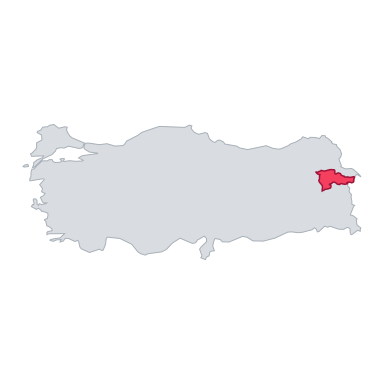 Agri highlighted on a map of Turkey
{"feature_id": "TUR-2307", "entity_name": "Agri", "entity_type": "Province", "adm_level": 1, "iso_a3": "TUR", "parent_name": "Turkey", "parent_adm1": "", "projection": "robinson", "projection_center": [43.45, 39.496], "detail": "fine", "context": "in_parent", "style": "filled", "palette": "rose", "viewbox_px": 384, "rotation_deg": 0, "n_neighbors": 0, "source": "natural_earth", "source_scale": "10m", "svg_char_len": 5122}
<svg xmlns="http://www.w3.org/2000/svg" viewBox="0 0 384 384"><path d="M302.8,136.8L308.3,138.7L310.1,137.3L315.1,137.5L319.5,138.5L322.0,135.5L325.2,135.8L325.8,137.4L327.3,137.9L331.9,141.8L331.4,142.3L332.5,143.7L336.5,144.6L336.9,146.6L340.0,149.5L341.6,154.0L340.6,157.1L338.9,159.0L341.4,165.8L340.6,166.7L345.5,168.9L351.6,168.5L353.5,169.5L359.5,174.9L361.0,176.9L356.9,174.4L354.6,176.6L353.4,181.9L346.9,182.8L347.9,186.3L349.7,187.9L349.1,191.1L349.6,192.4L351.4,194.5L351.1,197.5L351.8,200.6L351.9,204.3L354.6,205.4L353.3,207.1L350.4,214.6L350.6,215.2L352.6,215.4L357.1,218.9L356.3,220.0L356.9,224.8L360.8,228.0L360.2,229.5L360.3,231.2L357.5,230.4L351.7,234.7L351.0,234.6L350.2,233.1L350.0,228.8L348.7,227.7L346.8,227.5L343.7,229.4L340.8,229.3L338.0,229.0L330.4,226.3L327.6,227.2L324.7,226.2L319.0,231.5L317.3,231.9L316.4,229.3L314.5,227.8L311.9,229.8L302.2,232.3L297.7,232.7L292.2,231.9L287.7,232.1L275.3,238.0L263.4,241.1L252.8,240.9L247.1,237.2L242.6,236.4L229.0,242.0L222.3,241.8L220.2,239.5L215.1,238.5L213.9,240.7L212.7,246.0L214.4,250.8L211.5,251.1L209.7,252.2L209.1,255.8L206.4,257.2L205.5,259.5L205.0,259.5L200.8,257.7L202.0,255.9L199.6,249.2L201.0,247.1L206.6,241.6L206.5,238.4L204.2,236.2L197.2,240.2L196.5,241.7L194.9,243.0L192.3,243.4L180.1,238.2L172.7,242.8L166.3,249.5L161.5,251.9L147.7,253.8L145.2,255.1L140.6,253.7L137.9,251.9L131.8,244.3L120.0,238.5L107.4,237.1L106.2,238.6L105.5,244.5L103.2,250.0L102.2,250.6L99.4,249.2L89.5,252.5L81.3,248.8L80.0,247.3L78.4,240.9L77.2,240.4L75.9,241.3L74.5,241.3L68.6,238.5L65.4,238.3L63.3,241.0L60.1,242.1L60.1,241.4L61.4,239.6L56.4,239.9L53.6,241.3L50.1,240.5L50.3,239.7L53.3,238.9L60.1,237.9L64.6,233.6L48.6,233.8L47.0,234.7L46.9,232.5L47.9,231.5L52.1,230.7L51.9,228.9L49.5,226.9L46.8,225.8L45.8,221.2L44.4,220.0L44.6,219.4L47.3,218.6L48.0,215.2L47.8,213.1L42.7,211.3L41.6,211.4L40.4,209.6L38.3,208.3L36.4,209.4L31.4,206.6L32.5,204.6L33.8,204.7L34.1,203.1L33.2,200.5L33.4,199.1L34.6,198.8L35.8,199.0L37.0,200.6L37.0,203.6L38.3,205.4L39.4,203.6L41.7,204.6L46.0,203.6L46.8,202.9L43.7,202.9L42.6,202.2L40.4,197.3L43.1,195.9L45.1,193.4L41.6,191.8L42.5,188.5L39.7,184.7L44.1,179.8L43.9,179.1L42.7,178.8L29.9,180.9L29.8,178.7L30.9,176.8L31.1,172.1L31.8,169.6L34.2,168.8L37.4,165.2L42.3,160.8L47.2,160.9L49.2,159.7L52.1,159.6L52.8,161.3L55.2,162.5L59.7,162.3L61.9,161.2L60.0,159.1L62.5,158.4L64.5,158.9L63.3,161.2L63.9,161.5L69.7,160.7L75.6,161.3L82.3,161.0L83.2,160.3L78.6,157.9L81.8,155.9L83.5,155.5L97.5,153.6L97.6,153.1L89.2,152.0L84.9,149.3L83.8,147.8L84.9,144.1L85.9,143.2L89.0,143.1L99.4,144.7L106.9,143.7L114.9,146.1L122.8,145.6L124.4,144.6L126.6,141.1L137.9,135.3L141.9,132.3L159.3,126.4L184.8,127.4L189.4,125.1L191.9,125.9L191.2,127.4L191.3,128.8L194.2,132.3L198.7,134.3L205.1,132.6L207.4,133.3L209.4,138.8L213.3,142.0L215.1,142.3L217.6,140.4L219.8,140.1L223.5,142.0L224.8,144.0L237.0,146.2L239.5,147.9L247.7,149.6L266.2,145.7L272.8,148.3L278.4,149.2L280.8,148.8L288.3,145.6L290.6,143.9L295.3,142.3L301.1,138.9L302.8,136.8ZM67.2,127.2L66.5,129.6L67.4,132.3L69.8,136.0L72.2,137.9L84.4,143.0L82.3,147.8L79.1,148.5L68.6,146.2L64.1,148.1L61.1,147.7L56.6,148.5L55.2,151.4L51.9,154.6L43.1,158.7L34.7,166.7L32.4,167.8L33.6,165.0L33.7,162.6L37.3,159.8L42.3,157.7L43.7,155.9L31.5,156.3L30.6,153.8L31.8,153.3L36.1,148.9L36.6,147.1L36.6,142.8L41.5,140.3L42.0,139.3L41.5,135.0L37.2,132.6L37.4,131.4L40.7,130.2L42.7,127.2L47.5,126.7L49.8,125.2L53.9,124.5L58.7,128.2L64.8,126.8L67.2,127.2ZM28.4,166.5L24.2,167.1L23.0,166.5L24.4,165.2L27.6,164.3L28.5,165.6L28.4,166.5Z" fill="#d9dde1" stroke="#a8b0b8" stroke-width="1"/><path d="M354.6,177.1L354.5,177.5L353.9,178.6L353.8,178.9L353.8,179.2L353.8,179.5L353.9,179.8L353.9,180.1L353.7,180.3L353.6,180.8L353.7,181.2L353.7,181.6L353.4,182.0L353.0,182.3L352.1,182.7L351.7,182.8L351.3,182.7L350.1,182.2L349.6,182.1L348.7,182.3L348.3,182.4L347.9,182.3L347.6,182.3L347.3,182.4L347.0,182.7L346.8,182.9L346.9,183.2L347.4,183.7L344.9,184.3L344.2,184.2L343.9,184.1L342.8,184.0L342.0,183.7L341.3,183.6L340.6,183.7L340.1,184.1L339.7,184.5L339.1,184.5L337.5,184.2L336.7,183.7L335.7,182.7L334.5,182.2L333.1,182.1L332.4,182.7L331.7,183.5L331.1,183.7L330.0,183.9L329.6,184.1L329.5,184.7L330.1,185.1L330.8,185.3L331.0,186.0L330.9,186.8L330.8,187.5L330.4,188.0L328.3,188.8L325.0,189.4L324.4,189.9L323.8,190.2L323.0,190.5L322.2,191.0L322.1,189.8L322.3,188.8L322.5,187.9L322.5,187.6L322.4,187.3L322.4,185.9L321.8,185.0L321.4,184.6L321.1,184.0L320.5,183.4L320.0,182.9L319.2,181.7L318.8,180.4L319.3,179.5L319.5,178.5L319.5,175.6L319.7,175.0L319.9,174.8L317.4,173.9L316.0,172.2L316.6,172.0L317.9,172.2L318.5,172.0L318.9,171.5L319.4,171.3L319.6,171.3L320.1,171.3L320.6,171.0L321.1,170.4L324.5,171.1L330.0,169.6L331.9,169.6L332.7,169.8L333.5,169.7L334.5,170.0L334.9,171.3L334.8,172.3L334.8,172.8L335.0,173.6L335.3,173.9L335.9,174.1L337.0,173.3L338.2,172.9L338.8,173.0L339.0,173.2L339.6,173.4L340.0,173.4L340.6,173.8L340.9,174.6L341.5,175.3L343.1,176.0L344.2,176.2L344.3,176.5L344.4,176.8L346.0,177.1L347.8,176.9L349.1,177.3L350.5,177.4L353.6,176.7L354.3,176.9L354.6,177.1L354.6,177.1Z" fill="#f43f5e" stroke="#9f1239" stroke-width="1.5"/></svg>